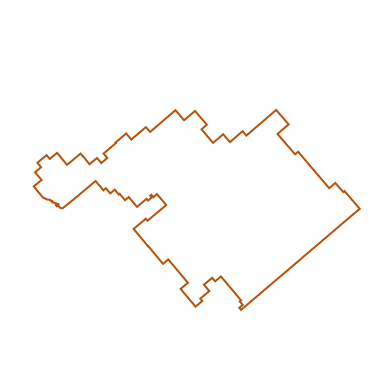 the district of Leonora, Western Australia, Australia, rotated 140°
{"feature_id": "25037944B70988604830145", "entity_name": "Leonora", "entity_type": "district", "adm_level": 2, "iso_a3": "AUS", "parent_name": "Australia", "parent_adm1": "Western Australia", "projection": "albers", "projection_center": [121.72, -28.394], "detail": "fine", "context": "isolated", "style": "outline", "palette": "amber", "viewbox_px": 384, "rotation_deg": 140, "n_neighbors": 0, "source": "geoboundaries", "source_scale": "gbopen_adm2", "svg_char_len": 3264}
<svg xmlns="http://www.w3.org/2000/svg" viewBox="0 0 384 384"><g transform="rotate(140 192 192)"><path d="M230.2,70.2L227.8,70.2L222.6,70.2L210.8,70.3L187.1,70.5L166.9,70.6L152.6,70.7L151.1,70.7L150.1,70.8L147.7,70.8L145.2,70.8L144.2,70.8L142.8,70.8L141.8,70.8L140.3,70.8L139.3,70.8L136.8,70.9L135.9,70.9L135.4,70.9L134.9,70.9L133.9,70.9L131.4,70.9L128.5,70.9L126.0,70.9L123.1,71.0L120.6,71.0L120.3,71.0L120.1,71.0L82.7,71.3L74.3,71.3L74.6,94.7L76.2,94.7L76.4,106.8L84.5,106.7L84.5,109.3L84.6,121.1L84.8,154.2L84.8,154.7L86.4,154.7L87.2,154.6L88.8,154.6L89.2,181.5L74.5,181.7L74.6,188.6L74.8,200.5L74.8,200.8L96.4,200.5L97.2,200.5L110.1,200.3L114.1,200.3L114.1,206.0L118.4,206.0L130.9,205.8L131.0,216.2L144.3,216.1L144.4,233.9L137.4,234.0L137.6,252.2L146.0,252.1L150.4,252.1L152.0,252.1L152.0,261.2L152.1,262.8L152.1,264.4L152.1,265.3L185.5,264.9L185.6,271.3L204.8,271.2L204.8,279.1L207.3,279.1L208.9,279.1L210.5,279.1L212.1,279.1L212.8,279.1L213.1,279.1L213.5,279.1L218.8,279.1L218.8,278.4L235.0,278.3L235.0,272.5L242.9,272.5L242.9,279.1L252.7,279.2L252.4,289.2L252.7,289.2L252.7,293.1L270.3,293.1L270.2,308.7L279.7,308.8L279.7,313.7L291.6,313.8L291.7,308.0L293.7,308.0L299.5,308.0L299.5,306.7L299.6,297.9L309.6,298.0L309.7,291.4L309.7,289.7L309.7,287.7L309.7,283.4L309.5,282.7L308.9,282.4L308.9,281.7L308.5,280.8L308.2,280.2L308.2,279.9L308.0,279.5L307.4,279.0L307.0,278.6L306.5,278.2L306.1,277.8L305.9,277.5L306.2,277.2L306.1,276.9L305.7,276.5L305.4,275.7L305.6,275.6L305.7,275.2L305.7,274.8L305.4,275.1L305.4,275.5L305.2,275.5L305.0,275.4L304.9,275.2L304.9,274.6L305.0,274.4L305.1,274.1L305.0,273.6L304.7,272.6L304.1,271.6L303.5,270.9L303.3,270.5L303.1,270.0L303.1,269.7L303.4,269.7L304.1,269.8L304.5,269.8L304.9,269.4L304.9,269.2L304.8,268.9L304.6,268.7L304.7,268.3L304.7,268.0L304.6,267.9L304.3,267.9L304.3,268.2L304.5,268.4L304.5,268.7L304.6,269.1L304.4,269.4L303.9,269.6L303.7,269.4L303.8,269.2L304.1,269.3L304.1,268.7L304.1,268.3L303.9,268.0L303.7,268.1L303.5,268.4L303.6,268.6L303.6,268.8L303.6,269.1L303.5,269.4L303.0,269.2L302.7,269.1L302.4,268.8L302.1,268.7L302.2,268.4L302.5,268.1L302.7,268.3L302.7,268.6L302.9,268.6L303.0,268.3L302.8,268.0L302.8,267.7L303.3,267.5L303.3,267.0L303.2,266.6L303.3,265.6L303.1,265.0L303.1,264.5L303.1,264.3L302.8,264.0L302.2,263.3L301.8,262.9L301.7,262.8L301.6,262.7L285.8,262.4L282.9,262.4L269.1,262.4L260.8,262.4L258.8,262.4L258.8,258.5L258.8,250.2L255.5,250.2L255.5,243.5L252.2,243.5L249.7,243.5L249.7,237.0L248.6,237.0L248.6,228.8L243.7,228.8L243.7,216.0L231.2,216.0L231.2,213.7L226.5,213.7L226.5,216.0L224.9,216.0L224.9,212.9L220.2,212.9L220.1,199.1L220.1,198.6L226.6,198.6L244.5,198.6L244.5,201.2L246.9,201.2L247.7,201.2L248.5,201.2L250.1,201.2L252.6,201.2L260.5,201.3L260.5,192.7L260.5,189.3L260.5,187.5L260.5,186.5L260.5,184.5L260.5,183.5L260.6,179.7L260.6,178.1L260.3,178.1L260.4,155.6L253.5,155.6L253.5,125.1L263.0,125.1L263.0,101.9L259.8,101.9L254.2,101.9L254.2,105.0L242.9,105.0L242.6,105.0L242.4,105.0L242.4,108.7L242.4,113.3L240.9,113.3L239.5,113.3L238.0,113.3L237.0,113.3L235.6,113.3L234.6,113.3L233.1,113.3L231.7,113.3L231.7,108.7L229.9,108.7L225.4,108.7L224.6,108.7L224.1,108.7L224.1,87.5L224.1,77.5L225.7,77.5L225.7,72.9L230.2,72.9L230.2,70.2Z" fill="none" stroke="#b45309" stroke-width="2"/></g></svg>